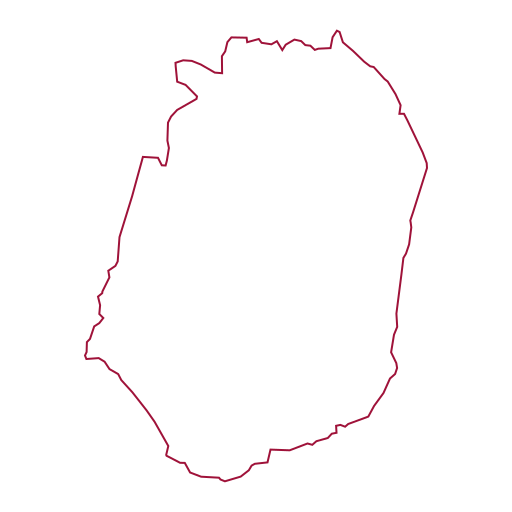 Corozal, Puerto Rico (orthographic projection)
{"feature_id": "32010507B24763897648420", "entity_name": "Corozal", "entity_type": "district", "adm_level": 2, "iso_a3": "PRI", "parent_name": "Puerto Rico", "parent_adm1": "", "projection": "orthographic", "projection_center": [-66.332, 18.304], "detail": "fine", "context": "isolated", "style": "outline", "palette": "rose", "viewbox_px": 512, "rotation_deg": 0, "n_neighbors": 0, "source": "geoboundaries", "source_scale": "gbopen_adm2", "svg_char_len": 1706}
<svg xmlns="http://www.w3.org/2000/svg" viewBox="0 0 512 512"><path d="M294.4,39.6L285.7,44.7L282.3,50.1L276.9,41.2L271.4,44.3L261.6,42.8L258.8,39.0L247.2,42.2L246.6,37.7L231.4,37.4L230.3,38.7L227.4,42.1L225.2,51.4L221.9,56.2L222.1,73.2L214.8,72.6L200.8,64.5L191.8,60.9L183.2,60.3L175.5,62.8L175.7,66.4L177.2,81.7L185.6,84.9L197.0,96.4L196.5,98.9L177.2,109.9L171.1,116.5L168.0,122.6L167.4,140.6L168.9,148.0L166.9,160.5L165.6,165.5L161.8,165.3L158.0,157.8L142.9,156.9L141.8,161.0L137.6,176.2L132.1,196.3L119.5,237.1L117.7,261.4L115.4,265.9L108.3,270.7L109.4,277.4L102.4,291.5L102.2,293.2L98.0,296.6L100.1,305.2L99.3,314.0L103.3,318.0L99.3,323.1L94.2,326.4L90.0,338.9L86.9,342.1L86.6,352.0L85.0,355.5L86.4,359.0L98.7,358.1L104.6,361.7L109.5,369.1L118.2,374.1L121.3,380.1L132.4,392.3L146.6,410.4L154.6,421.8L168.3,446.0L166.2,454.9L166.6,455.8L169.4,457.2L180.1,462.8L184.8,462.9L190.1,472.5L201.1,476.7L219.0,477.7L220.5,479.5L224.9,481.3L240.7,476.6L248.8,470.3L251.6,465.6L254.8,463.8L267.5,462.4L270.5,449.6L289.7,450.3L307.5,443.5L312.3,444.8L316.4,441.2L327.8,438.0L331.8,433.7L336.5,432.8L336.1,425.8L340.4,424.9L345.1,426.7L348.2,424.0L368.3,416.6L374.1,405.9L383.5,393.0L390.0,378.5L395.1,374.0L397.1,368.0L396.3,363.1L391.1,352.3L394.0,334.7L397.2,326.9L396.4,313.6L401.4,274.6L403.4,257.9L406.0,253.6L409.1,244.4L411.3,227.4L410.7,222.7L410.3,220.5L413.0,212.5L427.0,168.0L426.7,163.1L422.7,152.5L407.4,120.4L404.0,113.8L399.4,113.8L400.6,105.2L395.5,94.1L387.7,81.5L384.5,79.0L373.7,67.0L370.2,66.3L364.2,61.7L352.9,50.8L342.9,42.3L339.6,32.0L336.9,30.7L332.6,37.2L330.5,48.1L318.3,48.7L314.8,49.9L310.4,45.7L305.3,45.1L301.2,41.1L294.4,39.6Z" fill="none" stroke="#9f1239" stroke-width="2"/></svg>